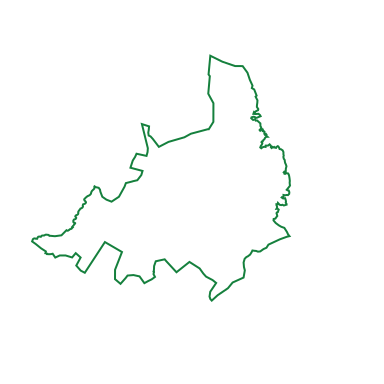 the district of Rano, Kano, Nigeria, rotated 214°
{"feature_id": "59680162B88243538379460", "entity_name": "Rano", "entity_type": "district", "adm_level": 2, "iso_a3": "NGA", "parent_name": "Nigeria", "parent_adm1": "Kano", "projection": "natural_earth1", "projection_center": [8.548, 11.488], "detail": "fine", "context": "isolated", "style": "outline", "palette": "green", "viewbox_px": 384, "rotation_deg": 214, "n_neighbors": 0, "source": "geoboundaries", "source_scale": "gbopen_adm2", "svg_char_len": 5174}
<svg xmlns="http://www.w3.org/2000/svg" viewBox="0 0 384 384"><g transform="rotate(214 192 192)"><path d="M253.0,315.2L244.0,298.7L242.0,298.0L233.5,282.6L229.5,280.5L223.9,277.6L213.5,262.1L213.2,253.4L214.0,252.9L225.5,239.7L228.9,233.1L239.5,220.4L244.7,210.9L254.2,214.1L257.4,214.9L259.4,214.6L259.5,214.6L261.5,216.8L262.6,219.3L264.3,222.4L271.5,220.3L253.1,203.6L251.2,200.3L249.9,196.5L259.4,192.7L258.8,189.3L258.7,185.0L256.6,177.7L244.8,181.8L243.5,177.7L243.9,171.2L244.0,171.1L246.8,168.1L247.6,167.1L251.8,162.4L250.9,158.7L249.9,147.2L253.3,139.0L258.7,137.8L263.7,137.9L268.1,141.0L269.6,142.5L271.7,143.3L274.5,142.2L276.0,142.2L276.0,141.9L275.2,140.8L274.9,140.2L275.0,139.7L275.0,139.2L275.2,138.6L275.5,137.2L275.5,136.0L275.2,135.1L275.1,134.6L274.9,134.3L274.8,133.9L274.9,133.2L275.0,132.5L275.2,131.9L275.4,131.6L275.7,131.0L276.2,130.3L276.4,129.9L276.6,129.0L276.8,128.5L277.1,127.1L277.3,125.7L277.1,125.4L276.4,124.9L275.3,124.7L274.4,124.4L274.1,124.1L274.0,123.6L274.0,123.1L274.1,122.6L274.5,122.1L274.7,121.7L275.4,120.8L275.1,120.0L274.9,119.5L274.6,119.2L274.3,119.0L274.2,118.5L274.1,118.0L274.2,117.6L274.3,117.3L274.6,116.9L274.8,116.3L275.2,115.9L275.2,114.7L275.3,113.5L275.3,112.4L275.1,111.6L274.6,111.2L274.2,110.4L274.1,109.7L274.3,109.1L274.6,108.6L275.1,107.9L275.2,107.0L275.2,106.6L275.0,106.4L274.6,106.3L273.8,106.0L273.5,105.8L273.4,105.3L273.4,104.5L273.6,104.2L274.0,103.8L274.3,103.4L274.5,103.0L274.3,101.7L273.5,100.7L273.0,100.6L271.9,100.9L271.4,100.8L271.3,100.4L271.4,100.0L271.5,99.5L271.6,99.2L271.5,98.4L271.5,97.9L271.7,97.1L271.7,96.6L271.8,95.9L271.1,95.9L271.2,95.5L271.3,95.0L271.3,94.3L271.6,93.8L271.9,93.4L272.3,93.0L272.5,92.7L272.6,92.1L272.7,91.7L273.0,91.2L273.2,90.6L273.7,90.2L274.3,90.1L274.7,90.1L275.0,88.5L276.0,83.1L280.9,78.7L285.1,76.4L285.7,75.9L286.6,76.2L287.2,76.1L288.2,75.5L288.7,75.3L289.3,74.9L289.6,74.6L290.3,73.2L290.8,72.9L291.9,72.1L292.2,71.5L292.2,70.4L292.6,70.1L293.2,70.0L294.0,69.4L294.4,69.0L294.5,68.5L294.5,67.6L294.2,66.7L295.4,65.9L296.3,65.7L297.0,65.1L297.5,63.9L296.9,61.6L292.5,61.5L285.7,60.9L279.9,61.0L279.5,60.0L279.3,59.3L278.9,59.5L278.7,59.6L278.1,59.5L277.6,59.8L277.4,59.5L276.2,60.2L274.9,61.1L274.0,61.8L273.0,62.9L268.7,61.2L266.1,65.5L261.3,68.7L254.8,70.7L254.2,76.3L247.7,75.4L246.8,66.3L240.3,64.6L235.7,65.1L236.2,101.8L216.5,103.1L212.3,84.5L207.1,76.7L199.9,75.9L198.9,83.6L198.7,86.7L194.1,90.4L188.3,92.7L180.5,89.8L178.4,93.9L176.6,97.0L175.2,100.9L178.0,102.4L178.7,104.4L178.9,104.6L179.1,104.3L179.5,104.6L179.4,105.1L179.9,105.9L180.5,107.0L182.0,109.4L183.3,114.3L181.5,116.2L177.0,120.9L174.8,120.3L160.0,116.8L155.0,132.6L142.9,132.9L137.0,130.7L133.0,129.7L125.7,130.5L121.1,130.1L121.1,119.5L119.0,115.1L116.9,113.5L114.9,113.0L113.0,120.8L108.4,132.3L107.7,139.7L101.4,149.9L104.4,156.6L107.0,158.9L109.8,162.4L111.0,166.1L110.5,168.6L109.8,169.7L108.8,172.7L108.9,173.9L108.9,175.2L109.2,177.3L106.9,178.4L105.9,179.0L104.0,179.4L102.2,180.9L100.8,184.7L99.1,187.4L99.2,191.1L92.7,201.9L88.2,208.1L86.5,209.9L88.7,210.6L90.8,211.9L95.4,213.9L98.5,213.1L101.4,212.9L105.3,213.1L107.0,213.6L108.5,214.0L109.2,215.3L108.0,216.6L108.0,218.3L107.9,219.8L109.1,220.9L110.1,221.7L110.2,222.5L109.6,223.3L110.3,225.9L111.8,226.0L112.6,225.3L112.8,226.8L113.6,227.7L114.5,228.2L115.2,229.1L114.3,229.7L114.7,231.0L112.3,230.4L110.7,231.0L109.9,232.0L108.3,232.2L106.5,234.4L107.1,235.1L108.3,235.5L108.8,236.7L109.9,237.8L111.3,238.9L112.8,237.6L113.8,237.6L114.6,237.6L114.5,238.1L113.4,238.5L113.7,239.5L114.5,240.7L112.8,241.4L112.1,242.3L110.7,243.1L110.4,244.8L111.2,246.3L112.6,247.3L113.7,246.8L114.7,246.8L114.6,247.8L114.4,250.3L114.3,251.2L114.5,252.4L115.2,253.0L116.3,254.4L117.1,255.9L118.8,257.9L120.4,259.6L121.7,260.7L122.9,261.1L123.6,260.6L124.6,260.2L125.0,259.0L125.7,258.9L125.8,260.0L126.9,259.8L126.8,260.7L125.8,261.5L127.2,263.7L128.1,266.2L129.7,267.4L130.9,268.1L131.9,269.0L133.1,270.4L134.5,270.9L135.9,272.2L136.3,273.5L137.3,274.4L138.5,276.2L140.1,277.2L142.1,277.2L143.4,276.6L144.2,277.2L145.8,278.0L146.5,278.0L147.2,276.5L147.0,275.6L148.1,275.1L149.1,275.3L149.6,274.3L150.4,274.4L150.6,273.0L151.2,273.1L151.8,273.3L152.2,274.3L153.0,274.6L154.3,274.9L154.9,273.0L156.8,271.7L156.2,270.5L157.3,270.0L158.5,268.6L159.0,267.0L160.3,267.1L160.7,268.7L160.6,270.4L161.0,271.9L162.3,272.2L162.3,273.0L161.7,273.9L161.9,274.8L161.5,276.1L161.7,277.7L161.4,279.2L160.3,280.0L162.1,280.3L162.3,281.2L163.3,281.5L163.7,280.3L164.6,280.7L165.1,281.4L165.6,282.5L166.5,282.6L167.3,282.1L167.7,283.0L168.6,283.5L169.1,282.7L169.7,280.9L170.6,281.2L170.3,283.3L170.7,284.2L172.1,284.9L173.7,287.1L178.0,287.7L179.1,286.8L180.4,287.6L181.6,285.9L183.1,286.1L184.2,286.3L184.4,287.2L183.1,288.8L181.8,289.3L180.7,289.0L179.8,289.8L177.5,293.2L178.6,293.8L180.6,294.0L182.9,292.2L184.8,291.1L185.3,292.9L184.3,292.8L184.4,294.2L183.7,295.6L183.0,296.7L183.4,297.8L185.8,298.8L186.8,300.5L187.7,302.4L189.0,304.6L192.6,306.6L192.3,308.0L195.6,310.3L197.8,311.8L200.5,311.6L201.3,314.0L206.7,317.3L212.7,321.9L220.4,324.7L226.7,320.5L239.7,317.0L253.0,315.2Z" fill="none" stroke="#15803d" stroke-width="2"/></g></svg>